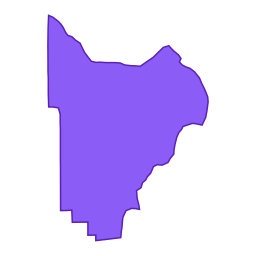 outline of Senador Salgado Filho, Rio Grande do Sul, Brazil
{"feature_id": "56859067B89394810714034", "entity_name": "Senador Salgado Filho", "entity_type": "district", "adm_level": 2, "iso_a3": "BRA", "parent_name": "Brazil", "parent_adm1": "Rio Grande do Sul", "projection": "albers", "projection_center": [-54.531, -28.03], "detail": "fine", "context": "isolated", "style": "filled", "palette": "violet", "viewbox_px": 256, "rotation_deg": 0, "n_neighbors": 0, "source": "geoboundaries", "source_scale": "gbopen_adm2", "svg_char_len": 1312}
<svg xmlns="http://www.w3.org/2000/svg" viewBox="0 0 256 256"><path d="M185.9,66.9L182.3,65.0L179.4,62.0L181.0,58.5L178.3,54.7L173.5,50.8L168.8,45.7L163.2,47.5L156.7,53.9L153.1,57.4L140.2,66.3L135.6,65.9L130.2,65.6L124.8,65.0L120.1,63.0L114.7,62.6L106.9,62.6L99.7,62.2L96.1,62.4L91.3,61.3L87.8,56.8L84.6,52.5L82.4,48.1L80.1,43.2L75.4,40.1L71.9,36.7L67.8,35.4L65.4,32.1L63.4,27.8L61.2,24.6L58.2,21.3L52.8,17.2L48.6,15.4L48.1,28.5L47.9,44.8L48.0,61.6L48.0,71.4L48.3,78.1L48.3,93.7L48.5,101.1L48.7,107.0L53.0,107.0L58.4,107.9L60.2,114.3L60.2,118.6L60.2,123.2L60.4,127.9L60.4,135.1L60.4,144.0L60.4,151.0L60.4,159.8L60.5,165.7L60.5,173.2L60.6,210.6L66.4,210.5L71.8,210.2L72.3,222.3L82.2,222.1L87.9,222.1L87.9,235.2L95.8,235.1L95.8,240.6L107.9,239.2L120.8,237.6L121.3,231.6L121.9,227.8L122.8,217.6L126.0,210.6L131.6,208.4L135.6,208.6L139.5,209.4L138.8,204.9L137.2,198.5L136.5,190.7L141.0,187.7L142.6,182.6L145.7,180.0L147.3,176.7L150.7,173.1L153.4,166.7L157.0,164.7L162.2,165.1L168.0,162.5L170.2,158.5L173.8,154.1L174.0,150.2L174.9,144.8L176.8,137.1L178.9,132.4L181.3,129.8L183.0,126.5L192.2,123.4L195.8,123.7L202.1,125.1L205.7,117.3L206.8,111.6L207.5,106.5L208.1,101.8L207.7,96.9L206.3,93.3L204.3,88.5L201.7,83.4L199.4,77.9L194.6,71.9L189.9,68.3L185.9,66.9Z" fill="#8b5cf6" stroke="#5b21b6" stroke-width="1.5"/></svg>